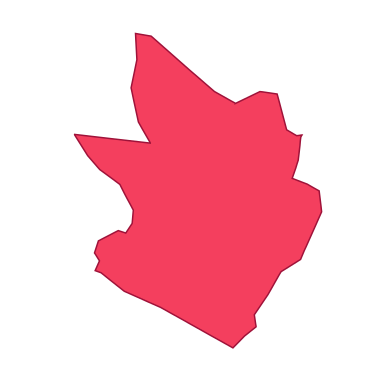 outline of Jihanah, Sana'a, Yemen, rotated 198°
{"feature_id": "15242507B2838826249504", "entity_name": "Jihanah", "entity_type": "district", "adm_level": 2, "iso_a3": "YEM", "parent_name": "Yemen", "parent_adm1": "Sana'a", "projection": "orthographic", "projection_center": [44.505, 15.192], "detail": "fine", "context": "isolated", "style": "filled", "palette": "rose", "viewbox_px": 384, "rotation_deg": 198, "n_neighbors": 0, "source": "geoboundaries", "source_scale": "gbopen_adm2", "svg_char_len": 1754}
<svg xmlns="http://www.w3.org/2000/svg" viewBox="0 0 384 384"><g transform="rotate(198 192 192)"><path d="M294.7,325.3L285.3,300.8L284.6,294.6L283.9,288.5L282.7,277.6L282.1,272.2L281.2,270.7L275.6,260.9L264.6,242.0L258.3,236.2L248.0,226.9L247.1,226.0L246.9,225.9L246.8,225.6L280.7,218.7L283.1,218.2L321.4,210.5L321.4,210.3L321.3,210.1L319.9,208.9L302.4,194.3L289.3,186.4L286.6,184.8L280.5,182.8L272.6,180.2L262.9,176.9L255.7,169.6L251.8,165.8L246.2,160.5L242.2,156.6L239.9,146.7L239.2,143.6L242.3,132.5L250.2,132.5L253.8,128.9L259.0,123.6L261.0,121.6L265.9,116.6L265.9,112.0L265.9,108.7L265.9,105.3L265.9,103.9L264.6,102.9L258.7,97.9L259.8,87.3L253.5,87.1L243.3,83.2L233.9,79.7L225.8,76.7L225.0,76.6L215.4,75.6L199.6,73.9L185.7,72.5L185.5,72.4L173.9,70.1L163.6,68.1L151.8,65.7L150.7,65.5L145.2,64.4L128.3,61.0L104.9,56.4L102.4,61.4L97.5,71.3L95.9,73.7L93.8,76.9L93.7,77.1L89.7,83.1L89.6,83.3L89.4,83.6L89.8,84.5L90.6,86.0L94.8,94.5L91.4,106.3L88.6,116.0L88.1,117.7L87.0,122.9L84.1,137.2L83.3,141.1L82.7,143.6L82.3,144.2L67.9,161.4L67.1,171.2L66.6,175.1L63.9,200.5L63.7,202.6L62.6,213.2L64.9,218.3L71.4,232.3L71.5,232.4L73.3,232.7L78.3,233.7L82.6,234.6L84.8,235.1L91.2,235.4L100.1,235.9L100.9,235.9L100.9,236.0L100.9,236.6L100.7,247.0L100.8,252.0L100.8,252.4L100.8,255.1L101.2,257.0L102.0,261.1L103.7,269.5L104.6,273.3L105.1,275.7L105.5,278.0L105.4,278.4L105.3,279.2L105.1,279.7L105.0,280.2L105.3,280.1L107.1,279.2L107.9,278.8L109.9,277.9L112.2,278.4L113.2,278.6L121.2,280.4L121.6,281.0L134.0,300.2L136.5,304.1L140.6,310.4L140.8,310.7L141.3,311.5L155.4,309.1L158.4,308.5L178.0,289.7L178.0,289.8L182.4,290.6L186.4,291.4L201.7,294.5L212.9,299.2L227.6,305.4L231.7,307.1L279.0,327.6L294.7,325.3Z" fill="#f43f5e" stroke="#9f1239" stroke-width="1.5"/></g></svg>